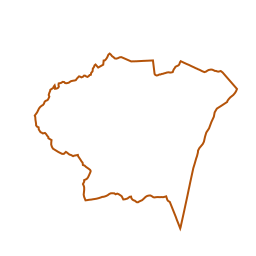 outline of Paulo Afonso, Bahia, Brazil, rotated 197°
{"feature_id": "56859067B73144667932966", "entity_name": "Paulo Afonso", "entity_type": "district", "adm_level": 2, "iso_a3": "BRA", "parent_name": "Brazil", "parent_adm1": "Bahia", "projection": "equal_earth", "projection_center": [-38.262, -9.532], "detail": "fine", "context": "isolated", "style": "outline", "palette": "amber", "viewbox_px": 256, "rotation_deg": 197, "n_neighbors": 0, "source": "geoboundaries", "source_scale": "gbopen_adm2", "svg_char_len": 3574}
<svg xmlns="http://www.w3.org/2000/svg" viewBox="0 0 256 256"><g transform="rotate(197 128 128)"><path d="M147.5,46.4L145.7,47.2L144.2,48.0L143.2,48.4L142.2,48.8L140.5,49.7L139.6,50.1L137.4,51.2L135.3,52.5L133.5,53.8L132.5,54.6L131.4,55.0L130.1,55.8L128.8,56.8L127.7,57.9L126.6,59.4L125.4,60.5L123.9,61.0L122.0,61.5L120.5,61.0L119.1,62.1L117.7,62.0L115.5,61.4L114.1,60.9L111.6,58.3L110.0,59.0L108.8,59.8L107.9,60.4L107.0,61.7L106.1,62.8L105.0,63.3L104.1,61.7L102.7,60.8L101.6,60.5L100.3,60.5L98.8,59.9L97.7,59.6L96.6,60.0L95.8,61.0L94.9,61.8L93.4,63.1L92.2,65.1L91.0,67.3L89.8,68.6L88.5,69.4L87.1,70.0L85.9,69.9L84.8,69.6L83.5,69.2L82.2,69.4L80.9,70.1L79.2,70.7L77.2,71.2L75.9,71.7L74.2,72.1L73.0,72.8L71.5,73.8L70.4,72.2L69.4,70.8L68.3,70.0L66.4,69.5L56.1,56.7L54.4,54.4L52.7,52.3L48.7,47.2L48.7,48.7L48.9,50.8L49.8,62.3L51.4,81.1L52.0,87.4L52.1,88.9L52.6,94.1L53.8,108.6L53.8,113.3L53.9,118.7L53.8,121.3L54.0,125.1L54.4,126.8L53.9,129.6L51.8,134.6L51.4,137.1L51.8,142.4L51.8,146.6L50.4,151.3L50.0,158.1L49.2,163.9L49.7,168.3L48.7,172.5L47.1,174.4L45.7,176.0L40.8,181.9L40.8,183.2L40.2,184.9L39.2,187.1L38.1,188.7L37.0,190.3L36.3,191.9L35.8,193.2L35.4,194.9L35.2,197.2L53.8,208.8L56.0,209.6L56.9,209.0L58.1,208.3L59.3,208.2L60.5,208.3L61.6,208.0L62.7,208.2L64.3,208.4L65.7,208.2L66.6,207.7L67.8,207.1L69.0,205.9L69.7,204.9L71.2,203.8L72.5,203.9L73.6,204.0L74.7,204.2L75.7,204.4L77.1,204.6L78.5,204.7L79.4,204.9L80.8,205.0L82.5,205.3L84.1,205.5L85.5,205.7L86.8,205.9L87.9,206.1L88.9,206.2L89.9,206.3L90.9,206.4L92.3,206.6L93.9,206.8L95.0,207.0L96.0,207.1L97.1,207.3L97.5,206.0L97.5,204.4L97.8,203.1L98.6,202.1L99.5,201.4L100.5,200.4L100.9,198.7L101.4,197.4L101.5,196.0L101.6,194.5L102.8,193.8L103.9,193.3L105.3,193.2L106.9,192.5L108.3,191.5L109.6,190.7L110.5,190.0L111.7,189.5L112.5,188.7L113.6,188.4L114.7,187.3L115.9,186.6L117.3,186.7L118.4,187.5L123.9,199.9L127.2,198.7L133.4,196.5L139.4,194.3L143.3,193.0L144.4,192.6L153.9,193.7L155.2,193.8L156.7,193.1L158.1,191.8L159.5,190.9L161.1,190.7L162.5,191.5L164.2,192.0L165.9,193.2L167.3,193.8L168.2,192.4L168.5,189.8L168.8,188.4L169.3,187.0L170.0,185.8L171.0,185.4L170.2,181.3L174.2,177.1L177.6,179.2L178.3,178.1L178.4,176.3L179.0,174.5L178.7,173.2L178.5,171.7L179.3,170.1L179.1,168.0L180.2,167.4L180.7,166.2L181.7,165.0L183.2,165.1L184.2,165.5L185.3,165.3L186.1,163.8L187.4,162.8L188.6,163.1L189.9,163.1L190.9,161.2L191.5,159.8L191.9,158.5L193.0,157.8L194.3,157.2L196.1,156.2L197.1,155.1L197.8,154.1L198.7,153.5L200.0,152.8L201.3,152.6L202.5,153.3L204.0,153.0L205.0,151.7L206.1,151.0L207.3,150.4L207.1,148.9L206.2,147.3L206.6,146.0L207.7,144.9L209.2,144.2L209.8,146.0L210.6,147.3L211.1,146.0L211.3,144.3L212.4,143.1L213.4,141.9L213.3,140.4L213.5,138.8L213.5,136.4L212.4,135.0L212.6,133.2L212.9,131.6L213.8,130.5L214.8,129.8L215.4,128.6L215.5,126.6L216.0,125.2L217.1,124.0L218.1,122.5L218.8,120.7L219.2,118.2L219.5,116.3L220.8,112.6L219.9,111.4L219.0,109.0L217.3,105.5L216.6,103.6L215.4,102.7L213.7,102.5L212.9,100.5L210.4,98.4L209.2,98.3L207.9,97.9L206.0,99.0L204.6,98.3L203.2,97.1L201.5,96.0L201.1,94.9L197.6,94.1L197.2,91.9L196.6,89.7L195.3,87.8L193.7,86.3L191.0,85.6L187.6,84.7L183.5,84.0L181.8,84.5L180.4,87.0L179.3,86.7L176.3,85.5L174.4,85.5L172.3,85.0L171.4,85.8L169.1,87.0L168.1,87.6L167.4,86.4L164.3,83.9L162.6,82.4L161.3,81.6L160.3,79.4L158.6,79.4L157.0,78.6L155.5,78.1L153.6,77.5L151.9,76.8L151.1,75.9L151.1,74.5L151.5,71.1L151.8,69.2L152.3,67.7L153.2,66.6L154.7,65.3L154.2,63.9L154.7,61.2L153.6,60.0L152.6,58.5L151.8,56.0L150.9,51.3L149.8,49.3L147.5,46.4Z" fill="none" stroke="#b45309" stroke-width="2"/></g></svg>